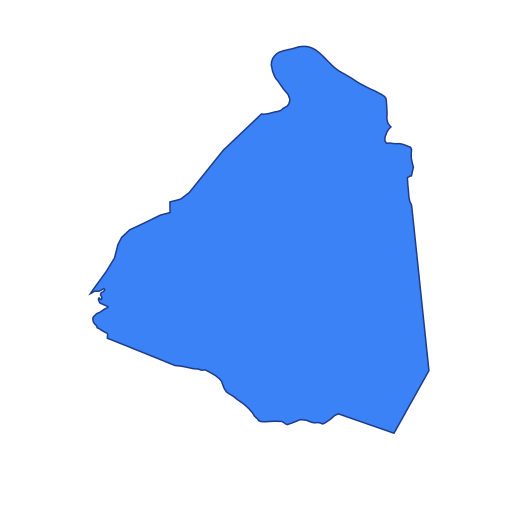 the district of Volet, Micoud, Saint Lucia, rotated 170°
{"feature_id": "8701671B54248554179471", "entity_name": "Volet", "entity_type": "district", "adm_level": 2, "iso_a3": "LCA", "parent_name": "Saint Lucia", "parent_adm1": "Micoud", "projection": "orthographic", "projection_center": [-60.907, 13.826], "detail": "fine", "context": "isolated", "style": "filled", "palette": "blue", "viewbox_px": 512, "rotation_deg": 170, "n_neighbors": 0, "source": "geoboundaries", "source_scale": "gbopen_adm2", "svg_char_len": 4353}
<svg xmlns="http://www.w3.org/2000/svg" viewBox="0 0 512 512"><g transform="rotate(170 256 256)"><path d="M269.9,365.8L310.8,330.0L320.1,325.2L323.3,324.8L328.9,324.4L331.4,324.2L331.7,322.3L333.1,313.7L343.0,312.9L350.0,310.9L361.7,307.5L375.7,303.8L381.2,300.2L385.1,297.7L390.0,291.2L395.8,278.4L398.0,276.0L405.9,267.0L421.2,252.2L425.6,247.7L424.9,247.9L423.3,248.5L421.7,249.2L420.0,249.3L418.8,248.9L417.3,248.7L416.4,248.7L414.5,249.2L412.8,250.0L411.5,250.2L410.8,249.3L411.8,247.9L412.8,247.2L414.5,246.9L415.1,246.3L415.8,245.1L415.8,244.3L415.5,243.6L415.0,242.1L415.7,240.2L416.7,240.2L417.1,240.6L417.5,241.8L418.2,241.8L418.7,240.7L418.6,239.6L418.1,237.1L417.3,236.4L415.0,234.9L411.0,232.1L410.6,231.5L411.4,230.9L414.8,229.9L416.2,229.2L420.2,227.4L421.4,227.4L423.3,226.7L424.6,225.7L426.4,224.6L427.3,223.5L427.7,221.5L427.7,220.3L427.5,218.8L426.8,217.4L426.0,216.1L425.3,215.2L424.9,214.6L425.0,213.8L424.9,213.0L424.1,212.3L423.1,211.8L421.1,209.7L420.4,209.1L417.9,207.1L416.4,206.0L416.1,205.7L415.8,205.1L415.8,204.2L416.1,203.3L416.7,200.8L403.4,192.6L402.7,192.2L400.5,190.8L354.8,162.2L352.6,161.6L350.5,161.0L348.9,160.5L346.9,159.8L341.9,157.8L339.2,156.7L337.1,155.8L332.9,154.8L332.5,154.6L329.5,153.0L325.6,152.6L323.4,150.8L321.9,149.7L316.8,145.4L315.8,144.3L313.2,141.2L311.9,138.9L311.6,138.3L311.4,136.8L310.9,133.8L310.2,130.7L308.7,127.3L307.4,126.0L306.5,125.1L303.0,122.0L302.1,121.2L299.1,117.6L295.2,113.8L292.1,110.3L289.6,107.0L289.4,106.7L288.2,104.6L286.8,102.4L286.6,102.1L285.6,99.2L284.4,97.3L283.3,95.9L282.5,94.9L282.1,93.8L281.9,93.3L280.7,92.6L279.9,92.1L279.1,91.9L278.4,91.7L276.1,91.2L266.7,90.1L259.4,88.6L258.2,87.8L256.3,85.8L254.5,84.5L251.4,85.0L250.1,85.2L245.1,86.2L242.7,86.8L240.8,87.1L237.7,86.4L236.6,86.0L234.9,85.5L232.4,83.9L230.0,82.5L227.6,81.6L223.8,81.2L222.3,80.6L221.9,80.5L219.4,79.0L218.6,79.2L216.3,79.9L212.0,81.9L209.8,83.0L206.2,85.3L203.6,85.9L202.2,86.2L195.6,82.5L150.9,57.5L105.6,113.1L94.0,277.9L94.1,279.8L95.0,282.7L95.1,284.3L95.2,287.7L94.6,293.2L94.5,294.9L94.1,299.8L93.5,305.0L93.2,307.0L89.7,308.1L89.3,308.0L89.0,307.9L87.9,310.6L85.6,316.1L85.9,319.8L86.0,322.0L86.1,325.6L85.4,329.7L84.3,333.8L84.8,336.1L88.1,338.2L91.2,340.1L94.2,341.4L94.8,341.7L95.2,341.7L100.2,342.6L104.6,344.0L108.0,344.4L108.5,345.8L109.1,347.2L108.4,350.1L108.2,350.9L106.4,353.8L105.5,355.4L103.1,358.0L100.7,359.7L101.0,360.1L101.5,360.9L102.1,362.0L102.3,362.5L102.9,363.7L103.1,365.0L103.2,365.5L103.2,366.5L103.3,368.1L103.0,370.2L102.7,371.2L102.4,372.4L102.2,373.8L102.0,374.7L101.9,376.0L101.7,377.0L101.5,379.2L101.3,380.5L101.1,382.7L100.8,385.0L100.7,386.7L100.7,387.3L100.7,387.6L100.7,388.7L101.0,389.2L101.6,390.6L102.7,391.7L103.9,392.9L104.7,393.6L106.9,395.2L108.9,396.9L110.7,398.2L114.2,400.5L115.8,401.7L117.0,402.6L117.4,402.9L119.0,404.1L121.6,406.1L123.5,407.6L125.7,409.5L128.2,411.8L128.5,412.1L131.1,414.6L133.3,416.4L133.8,416.9L135.6,418.4L136.7,419.4L137.6,420.1L140.0,422.0L141.4,423.2L141.7,423.4L142.8,424.5L143.9,425.6L145.1,427.0L146.1,428.0L147.9,430.4L149.8,433.1L152.2,436.5L153.4,438.3L153.6,438.7L155.6,441.5L156.7,442.9L157.7,444.3L159.0,445.8L159.5,446.4L160.1,447.1L160.5,447.4L161.3,448.4L162.7,449.6L163.1,449.9L164.0,450.6L164.8,451.1L166.8,452.3L167.9,452.8L168.3,453.0L169.5,453.4L169.8,453.5L170.6,453.7L172.1,454.1L173.7,454.3L174.0,454.3L175.5,454.5L178.3,454.5L179.2,454.4L180.7,454.2L183.2,453.9L183.8,453.9L185.4,453.7L187.0,453.7L187.7,453.7L190.8,453.5L192.9,453.4L196.3,452.9L198.1,452.6L199.8,451.9L201.1,451.2L202.6,450.2L203.6,449.3L203.9,449.0L204.4,448.5L204.6,448.3L205.7,447.1L205.8,446.3L206.9,444.9L207.4,442.8L207.8,441.6L207.7,438.7L207.6,435.1L206.7,430.5L205.7,427.3L205.0,426.2L204.2,424.8L203.9,424.3L202.4,420.9L200.3,416.4L200.0,415.8L196.4,409.5L195.4,404.2L197.0,400.5L199.0,398.3L203.8,396.6L205.0,395.7L205.8,395.3L206.2,395.2L206.7,395.0L207.5,394.9L208.1,394.8L208.7,394.7L209.3,394.5L210.1,394.5L210.7,394.6L211.3,394.6L211.9,394.6L212.5,394.6L213.2,394.6L213.7,394.5L214.3,394.4L214.8,394.4L215.5,394.3L216.1,394.3L216.7,394.3L217.4,394.2L217.9,394.1L218.5,394.1L218.8,394.1L219.1,394.1L219.5,394.1L219.8,394.1L220.4,394.1L221.0,394.1L221.7,394.2L222.3,394.2L222.9,394.2L223.4,394.2L223.9,394.3L226.0,394.9L269.6,366.0L269.9,365.8Z" fill="#3b82f6" stroke="#1e3a8a" stroke-width="1.5"/></g></svg>